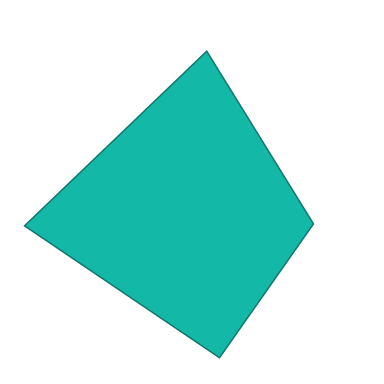 the district of Paris Paris, Al Wadi at Jadid, Egypt, rotated 305°
{"feature_id": "37247803B13722182372819", "entity_name": "Paris Paris", "entity_type": "district", "adm_level": 2, "iso_a3": "EGY", "parent_name": "Egypt", "parent_adm1": "Al Wadi at Jadid", "projection": "natural_earth1", "projection_center": [30.442, 22.93], "detail": "fine", "context": "isolated", "style": "filled", "palette": "teal", "viewbox_px": 384, "rotation_deg": 305, "n_neighbors": 0, "source": "geoboundaries", "source_scale": "gbopen_adm2", "svg_char_len": 239}
<svg xmlns="http://www.w3.org/2000/svg" viewBox="0 0 384 384"><g transform="rotate(305 192 192)"><path d="M72.0,309.6L235.5,309.8L235.6,309.7L315.8,123.3L68.2,74.2L72.0,309.6Z" fill="#14b8a6" stroke="#0f766e" stroke-width="1.5"/></g></svg>